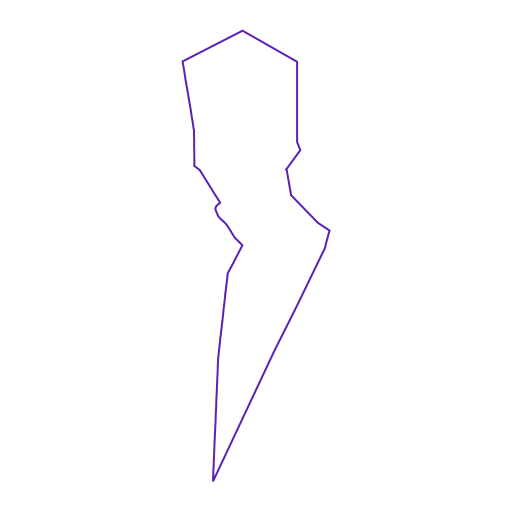 outline of Tibesti Ouest, Tibesti, Chad
{"feature_id": "50815135B44379234996248", "entity_name": "Tibesti Ouest", "entity_type": "district", "adm_level": 2, "iso_a3": "TCD", "parent_name": "Chad", "parent_adm1": "Tibesti", "projection": "robinson", "projection_center": [15.609, 20.194], "detail": "fine", "context": "isolated", "style": "outline", "palette": "violet", "viewbox_px": 512, "rotation_deg": 0, "n_neighbors": 0, "source": "geoboundaries", "source_scale": "gbopen_adm2", "svg_char_len": 3517}
<svg xmlns="http://www.w3.org/2000/svg" viewBox="0 0 512 512"><path d="M297.1,61.8L242.5,30.7L182.6,61.4L182.6,61.8L183.0,63.6L182.9,64.0L183.4,66.3L184.0,69.6L184.2,70.7L184.4,72.0L184.4,72.3L184.8,74.9L185.3,78.2L185.6,80.0L186.8,86.9L187.5,91.1L188.3,95.5L189.4,102.5L189.7,104.0L189.8,104.1L189.9,104.8L190.0,105.3L190.0,105.8L190.9,110.6L191.1,112.7L191.2,113.1L191.2,113.4L191.4,114.1L191.6,115.8L192.5,121.3L193.3,126.4L193.3,126.5L193.7,129.1L193.9,130.0L194.1,131.4L194.0,132.1L194.0,133.4L194.1,138.7L194.2,140.2L194.2,141.4L194.1,144.7L194.1,145.9L194.1,146.0L194.2,146.6L194.2,147.3L194.2,147.5L194.3,156.2L194.4,163.1L194.2,163.4L194.4,164.4L194.4,164.9L194.4,165.9L194.4,166.0L194.5,166.0L198.8,169.3L199.9,170.1L200.1,170.6L200.3,170.9L200.6,171.5L201.8,173.3L202.4,174.3L203.1,175.4L203.8,176.5L203.9,176.8L204.6,177.9L206.7,181.2L207.3,182.3L207.9,183.1L209.1,185.1L209.9,186.3L210.4,187.2L210.9,188.0L211.0,188.2L211.6,189.0L212.5,190.6L213.6,192.4L218.2,199.6L220.1,202.6L219.8,203.0L218.4,204.2L217.1,205.3L216.5,205.9L216.2,206.3L215.7,207.3L215.6,207.6L215.3,208.4L215.5,209.3L215.7,210.0L215.8,210.3L215.9,210.7L216.7,212.5L217.3,213.9L217.4,214.3L218.0,215.7L219.4,217.6L219.6,217.9L221.0,219.3L222.4,220.5L224.4,222.3L226.2,224.3L227.3,225.8L228.0,226.8L228.4,227.4L228.5,227.6L228.9,228.2L229.0,228.4L230.1,230.1L231.5,232.4L231.6,232.7L232.5,234.1L232.8,234.5L234.2,236.8L234.5,237.4L235.9,238.8L237.8,240.6L238.0,240.8L241.6,244.5L241.8,244.7L242.4,245.3L242.1,245.8L241.5,247.0L237.6,254.6L237.3,255.1L236.3,257.1L232.9,263.8L232.6,264.2L232.3,264.8L229.8,269.5L228.2,272.3L228.0,272.8L227.8,273.1L227.6,274.8L227.4,275.6L227.4,276.0L227.4,276.3L227.0,280.3L226.9,280.9L226.8,281.8L226.5,284.5L226.4,285.0L226.3,285.3L226.2,285.6L226.1,285.9L226.3,286.3L226.1,287.2L225.9,289.5L225.7,290.8L225.6,291.2L225.5,291.4L225.6,291.9L225.5,292.6L225.4,293.2L225.2,293.7L225.4,293.8L225.3,294.1L225.1,296.0L224.9,298.0L224.6,300.8L224.6,301.0L224.5,301.5L224.4,302.6L224.4,303.0L224.0,305.6L223.9,306.7L223.4,311.2L223.3,312.2L223.3,312.4L223.2,313.1L223.2,313.6L223.2,314.0L223.0,315.4L222.9,316.5L222.1,323.3L221.9,324.1L221.8,325.7L221.9,326.3L221.6,327.6L221.0,332.4L221.0,332.8L220.9,333.6L220.9,334.0L220.6,336.1L220.4,336.7L220.1,341.0L220.1,341.3L220.0,341.5L219.5,346.5L219.3,347.3L219.3,348.0L219.3,348.3L219.0,350.1L218.7,353.0L218.6,354.6L218.5,355.0L218.4,356.1L218.3,356.8L218.2,357.5L218.1,358.8L217.9,363.9L217.9,364.0L217.7,365.5L217.8,365.8L217.8,366.9L217.8,367.6L217.7,369.6L217.6,372.7L217.5,374.4L217.4,376.3L217.0,385.1L217.0,386.2L216.9,388.0L216.7,393.4L216.7,393.7L216.7,393.8L216.4,398.2L216.3,402.4L216.3,402.6L216.1,407.9L215.9,411.3L215.8,413.4L215.8,413.8L215.7,414.3L215.7,416.4L215.6,418.3L215.7,419.0L215.7,419.3L215.6,420.1L215.6,420.3L215.5,422.2L215.5,422.3L215.4,424.7L215.2,427.8L215.2,428.3L215.2,428.6L215.2,428.8L215.2,429.9L214.8,435.4L214.9,435.7L214.9,436.1L214.8,437.6L214.4,446.3L214.2,451.0L214.1,455.1L214.0,456.1L214.0,457.5L213.8,459.7L213.7,461.0L213.8,461.5L213.7,463.8L213.7,464.7L213.6,465.7L213.8,465.9L213.6,466.6L213.5,467.9L213.4,470.7L213.3,471.7L213.3,472.5L213.3,474.8L213.2,475.9L213.1,477.1L213.1,477.8L213.1,478.6L213.0,479.3L213.0,479.6L213.1,480.0L213.0,481.2L213.0,481.3L213.9,479.5L274.1,351.4L296.8,306.1L325.2,247.5L325.7,244.6L325.8,244.1L327.0,239.9L329.5,230.5L318.0,222.9L304.0,208.5L291.1,195.2L286.8,170.4L286.1,169.6L300.3,150.2L297.1,141.9L297.1,118.4L297.1,61.8Z" fill="none" stroke="#5b21b6" stroke-width="2"/></svg>